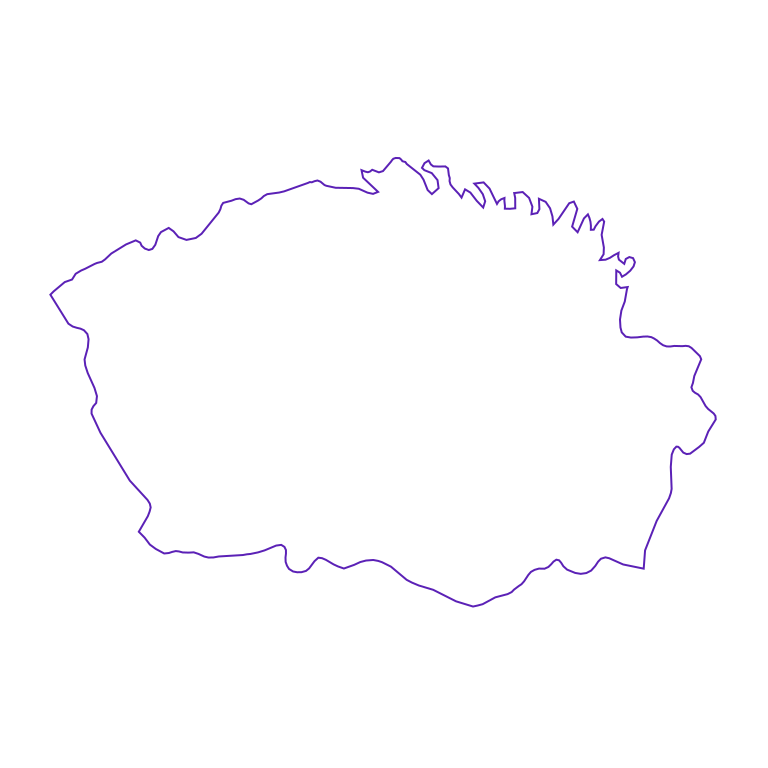 an SVG outline of Iwate, rotated 268°
{"feature_id": "JPN-1865", "entity_name": "Iwate", "entity_type": "Prefecture", "adm_level": 1, "iso_a3": "JPN", "parent_name": "Japan", "parent_adm1": "", "projection": "robinson", "projection_center": [141.477, 39.602], "detail": "fine", "context": "isolated", "style": "outline", "palette": "violet", "viewbox_px": 768, "rotation_deg": 268, "n_neighbors": 0, "source": "natural_earth", "source_scale": "10m", "svg_char_len": 4230}
<svg xmlns="http://www.w3.org/2000/svg" viewBox="0 0 768 768"><g transform="rotate(268 384 384)"><path d="M484.9,53.7L488.1,57.1L497.0,68.5L499.3,75.9L504.9,79.7L508.0,85.3L509.6,89.4L514.1,99.0L515.0,101.5L516.0,106.2L518.2,109.5L523.9,116.0L532.5,131.1L536.2,140.9L533.8,145.3L530.6,146.6L527.7,149.7L526.1,153.6L527.1,157.2L531.1,160.3L539.7,163.5L543.6,166.4L547.5,174.3L543.9,179.0L538.0,183.7L534.9,191.6L536.5,201.0L540.5,206.9L561.1,224.8L564.5,226.6L567.9,227.7L570.6,229.6L572.5,238.0L573.9,242.1L574.4,246.3L573.0,250.2L569.2,255.0L568.3,257.7L571.8,264.7L573.8,267.9L576.0,270.4L577.8,273.9L579.0,285.9L580.0,290.9L587.6,315.0L588.4,316.9L588.1,318.9L589.1,321.6L589.7,324.6L588.4,327.6L584.9,331.5L584.1,333.3L581.8,342.5L580.9,359.8L580.0,365.6L575.8,374.2L574.4,379.7L576.2,384.8L590.9,370.3L598.5,369.0L596.9,372.7L596.2,375.3L596.8,377.4L598.5,379.7L595.7,386.3L596.8,390.4L605.9,398.7L607.5,399.9L608.8,401.2L609.5,403.6L609.2,407.4L607.7,409.0L606.0,410.2L605.1,413.1L603.1,414.4L591.9,427.6L586.9,430.6L576.3,434.4L572.1,438.5L577.8,445.4L585.9,444.6L593.1,439.1L596.3,431.8L598.7,429.5L603.3,432.2L605.8,436.4L601.8,438.5L599.8,440.9L599.4,446.5L599.3,452.9L597.2,455.5L590.5,456.1L587.5,456.9L584.5,456.6L581.1,457.4L578.1,459.5L571.2,465.5L567.6,468.0L575.7,471.8L572.3,477.0L563.8,483.1L556.9,489.3L563.1,491.5L570.2,489.4L576.7,485.2L581.1,481.3L582.0,490.6L575.6,496.3L560.0,503.2L562.6,504.9L564.5,507.5L565.7,510.9L563.1,510.7L557.6,511.1L555.0,510.9L554.7,516.0L555.0,521.3L565.4,521.6L570.3,520.8L570.3,521.3L571.0,529.3L564.9,535.5L556.0,538.5L548.5,537.3L549.5,543.2L553.3,545.4L563.7,545.3L560.4,551.9L553.8,556.1L545.6,558.2L537.4,558.8L542.9,564.2L558.2,575.4L559.7,580.1L552.3,583.3L534.7,577.5L528.9,582.8L542.5,589.6L546.4,593.7L542.8,595.1L538.9,596.0L535.0,596.3L530.9,596.1L530.9,599.0L534.3,600.9L538.8,604.5L541.3,608.1L538.6,609.7L525.5,606.7L512.7,608.5L506.0,608.0L500.3,604.1L500.5,609.8L502.2,614.2L504.7,618.4L506.9,623.0L503.2,622.4L500.1,623.1L495.7,628.3L500.5,630.0L502.3,633.6L501.1,637.3L497.0,639.0L492.8,637.5L488.6,634.0L485.1,629.6L482.9,625.6L487.0,623.7L489.4,620.1L475.8,619.5L471.7,623.9L472.4,630.9L470.2,630.1L458.0,627.5L449.1,623.8L440.2,622.1L432.2,622.3L427.3,623.4L422.9,627.2L421.8,632.4L421.8,638.7L422.3,644.6L422.3,648.9L421.5,652.8L420.1,655.4L418.0,658.4L415.3,661.2L413.0,664.3L411.7,667.8L411.5,671.4L411.9,675.5L411.4,683.5L411.6,686.8L411.1,689.9L409.3,692.6L400.8,700.7L397.6,701.9L381.2,694.4L374.3,692.8L370.0,691.1L366.4,692.3L364.4,694.5L362.6,697.5L359.9,699.9L350.8,704.6L347.8,707.0L343.0,712.5L340.5,714.1L337.0,714.3L325.2,706.4L314.1,701.6L310.1,696.7L303.7,687.5L303.4,684.0L305.0,680.7L309.9,677.0L311.0,675.7L311.2,674.0L308.6,671.4L303.4,669.1L291.1,667.7L269.1,667.8L265.0,666.9L259.8,664.9L237.6,651.7L208.6,639.1L190.4,637.1L195.3,616.7L202.0,603.0L203.0,599.2L201.8,594.7L199.0,591.8L194.8,588.8L190.3,584.5L188.0,579.6L187.4,574.0L188.5,568.5L192.1,560.5L195.6,556.9L199.2,554.8L201.7,552.8L202.4,550.1L200.6,547.2L198.0,544.8L195.4,541.9L193.8,538.0L194.1,532.4L193.0,528.0L191.1,524.3L188.2,521.6L181.9,517.1L179.1,514.4L177.3,511.5L174.0,506.8L171.6,504.3L169.7,500.2L166.9,487.8L160.5,474.9L159.3,469.7L158.5,465.2L164.3,448.4L176.6,426.0L181.4,411.8L184.6,404.9L187.5,399.8L201.2,384.6L206.0,375.8L207.4,372.0L208.5,367.1L208.2,359.9L206.9,354.1L204.3,347.9L201.0,337.5L203.3,331.6L205.5,327.3L210.3,319.8L212.1,316.0L212.7,312.3L209.4,308.4L202.3,302.7L199.9,299.5L198.8,294.9L198.9,290.6L199.8,286.6L202.5,282.6L205.8,280.7L209.6,279.5L214.0,279.5L217.9,280.1L221.5,280.2L224.7,278.8L226.8,275.7L226.3,270.6L221.9,258.9L220.1,252.2L218.8,244.5L218.6,241.2L218.0,237.0L217.4,212.9L216.6,207.4L216.7,202.5L217.8,198.4L220.7,192.6L222.4,188.0L222.3,182.8L222.7,176.9L223.8,173.3L224.3,170.1L223.6,166.5L222.6,163.1L222.3,158.4L227.1,150.2L231.7,144.4L238.8,139.4L244.9,133.8L260.2,143.4L264.7,145.3L268.8,146.5L272.6,145.8L276.4,143.6L296.3,126.6L345.2,98.9L364.6,90.7L368.6,90.9L372.0,92.8L375.1,95.7L381.9,96.7L390.2,94.5L405.3,88.3L412.9,86.1L419.0,85.6L430.9,89.3L439.1,90.3L444.3,89.3L448.2,86.0L449.9,82.6L450.9,78.9L452.3,74.9L455.3,70.7L482.8,54.9L484.9,53.7Z" fill="none" stroke="#5b21b6" stroke-width="2"/></g></svg>